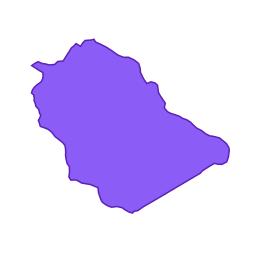 Motuca, São Paulo, Brazil, rotated 277°
{"feature_id": "56859067B60316508863288", "entity_name": "Motuca", "entity_type": "district", "adm_level": 2, "iso_a3": "BRA", "parent_name": "Brazil", "parent_adm1": "São Paulo", "projection": "natural_earth1", "projection_center": [-48.163, -21.521], "detail": "fine", "context": "isolated", "style": "filled", "palette": "violet", "viewbox_px": 256, "rotation_deg": 277, "n_neighbors": 0, "source": "geoboundaries", "source_scale": "gbopen_adm2", "svg_char_len": 1630}
<svg xmlns="http://www.w3.org/2000/svg" viewBox="0 0 256 256"><g transform="rotate(277 128 128)"><path d="M129.3,220.1L130.1,214.1L130.2,210.1L131.8,205.6L134.4,201.4L136.2,196.3L138.8,192.6L141.4,189.4L143.2,185.7L144.3,180.9L145.9,177.6L147.1,172.2L147.8,168.3L149.0,165.3L152.3,161.6L157.2,162.0L163.9,156.1L166.7,154.1L169.6,153.2L174.0,152.1L176.0,149.3L176.6,145.2L174.5,141.3L177.4,138.5L180.7,136.1L184.7,133.6L188.5,132.9L193.5,130.6L196.5,125.4L198.3,119.8L197.6,115.1L199.2,109.0L202.9,102.2L205.5,96.8L207.5,91.4L209.4,85.3L211.9,83.4L210.8,80.6L209.7,74.8L207.1,72.8L203.3,70.9L205.5,66.2L203.1,64.5L200.4,61.9L196.4,60.1L192.9,58.4L186.6,55.5L185.5,50.2L182.1,47.4L181.0,42.2L181.5,38.4L181.6,34.8L182.9,30.8L180.9,27.8L178.2,24.8L175.9,29.6L174.3,32.8L172.7,36.7L169.2,37.4L166.1,37.2L163.2,36.1L159.4,32.0L156.6,29.8L154.0,28.5L151.0,27.9L149.5,30.2L146.4,31.3L143.7,31.4L141.4,32.8L138.2,34.0L135.4,37.3L132.2,38.3L129.8,39.8L127.3,39.2L124.8,38.1L121.6,39.6L118.9,40.8L118.2,44.2L117.0,48.8L114.9,52.2L112.9,54.5L110.5,56.7L108.6,60.0L106.8,63.0L105.1,65.5L103.0,67.5L99.9,68.5L96.4,69.1L93.4,69.3L90.0,70.2L85.5,71.8L82.2,74.6L76.6,75.3L72.1,75.3L69.3,77.6L70.1,82.3L69.3,85.2L67.8,88.4L67.5,92.9L67.4,97.1L66.4,100.8L65.2,105.4L60.0,106.7L53.6,109.8L51.2,111.6L49.4,114.8L48.1,118.0L47.4,121.3L48.7,126.6L48.2,131.9L46.6,134.7L44.9,138.7L44.1,142.7L46.2,144.4L47.1,147.7L51.6,152.7L59.0,162.5L92.0,205.3L94.6,207.1L98.8,212.1L103.4,218.0L103.0,222.6L103.4,225.7L106.4,230.1L111.5,231.2L114.2,231.2L118.4,231.2L121.0,230.4L124.7,227.4L129.3,220.1Z" fill="#8b5cf6" stroke="#5b21b6" stroke-width="1.5"/></g></svg>